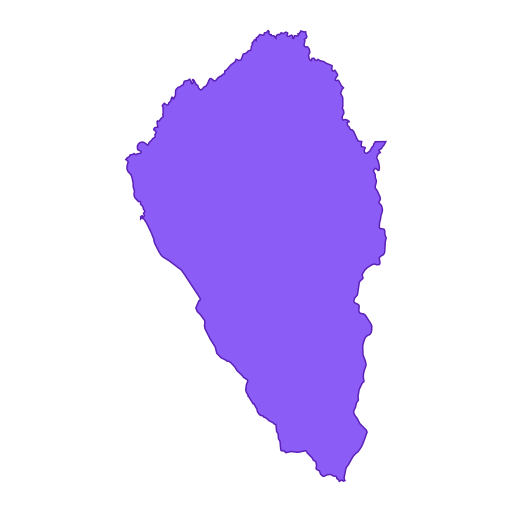 outline of Thyolo, Thyolo, Malawi
{"feature_id": "42251766B18929072887304", "entity_name": "Thyolo", "entity_type": "district", "adm_level": 2, "iso_a3": "MWI", "parent_name": "Malawi", "parent_adm1": "Thyolo", "projection": "equal_earth", "projection_center": [35.104, -16.129], "detail": "fine", "context": "isolated", "style": "filled", "palette": "violet", "viewbox_px": 512, "rotation_deg": 0, "n_neighbors": 0, "source": "geoboundaries", "source_scale": "gbopen_adm2", "svg_char_len": 5965}
<svg xmlns="http://www.w3.org/2000/svg" viewBox="0 0 512 512"><path d="M125.8,159.6L127.2,160.4L128.2,161.8L127.0,166.0L127.0,169.1L128.1,171.6L130.9,174.7L131.8,176.7L133.2,183.4L133.1,186.5L134.5,191.3L134.0,194.0L134.3,196.4L135.3,198.1L138.4,201.6L140.1,201.4L140.5,201.9L140.6,204.2L142.8,206.5L143.5,209.4L144.0,209.6L144.9,211.6L143.5,213.3L144.3,215.3L144.2,216.1L142.7,217.2L142.2,215.8L141.1,216.2L140.6,216.7L140.7,218.6L140.9,218.3L143.6,218.6L146.6,223.0L151.4,233.0L153.9,239.4L154.0,241.1L155.0,244.0L159.0,251.8L161.1,255.1L162.6,256.7L168.9,260.6L181.2,269.9L183.4,272.8L200.2,298.4L200.0,300.3L198.9,300.8L195.7,308.4L195.9,308.2L197.3,311.6L200.1,314.3L204.4,320.2L204.9,321.4L204.5,326.0L205.1,328.9L210.1,338.8L215.3,347.1L216.8,353.3L221.0,357.7L225.8,360.1L226.9,361.1L228.7,361.3L230.8,362.6L234.6,366.7L237.1,370.7L242.2,375.5L243.6,377.4L247.5,379.9L247.8,381.0L246.4,384.7L245.7,389.8L246.4,392.4L248.2,395.2L247.9,396.0L248.7,396.7L253.2,403.9L253.9,403.7L257.0,409.3L257.4,411.6L259.3,414.5L260.3,415.2L263.2,416.1L264.0,417.3L265.2,417.5L267.0,418.7L268.9,420.6L272.8,422.6L274.2,424.0L275.9,424.5L276.6,431.5L278.1,433.7L278.5,438.9L280.0,441.3L280.7,449.3L281.0,450.3L281.5,450.8L284.5,451.0L285.2,452.2L285.9,452.7L290.8,451.5L298.0,452.3L305.7,450.7L306.7,451.7L307.3,453.0L312.1,457.8L313.4,460.3L315.6,461.4L315.9,462.0L316.6,465.7L316.1,467.9L316.2,468.7L316.7,469.5L319.4,470.8L320.6,474.2L323.0,476.3L324.0,476.3L327.4,474.7L331.0,474.5L333.1,475.9L336.0,476.4L336.9,477.5L336.8,478.5L338.4,479.6L339.3,481.3L341.4,480.1L343.6,481.2L345.0,480.5L344.2,479.2L344.1,477.7L345.7,469.4L346.4,467.3L348.4,464.7L352.8,456.8L355.0,454.2L358.0,451.7L360.9,447.7L362.9,443.7L367.1,432.1L366.3,430.1L359.8,423.6L357.3,418.6L355.0,415.6L353.7,412.8L353.7,411.9L353.9,410.4L355.5,407.2L356.5,402.8L358.4,400.1L358.0,396.3L359.2,389.5L361.6,384.3L362.7,382.5L363.8,381.8L364.0,381.1L363.3,377.4L363.4,374.3L364.2,370.6L365.9,365.9L366.1,364.5L365.3,360.9L363.0,354.8L362.7,346.3L363.1,344.1L364.3,339.8L365.6,337.2L367.5,335.5L369.8,334.5L371.0,332.9L371.6,330.8L371.8,326.0L371.0,324.0L365.3,315.1L363.8,314.0L360.5,313.3L359.4,312.6L358.8,310.6L359.2,306.6L358.9,305.2L358.0,304.3L355.0,303.0L354.1,302.0L353.8,300.6L354.8,297.9L357.4,294.9L359.3,282.6L359.9,281.3L363.0,278.3L362.2,274.5L364.7,270.2L367.5,267.5L372.4,264.5L374.7,264.0L376.9,264.8L379.2,264.5L379.7,264.0L380.0,262.6L379.3,258.9L379.5,257.4L380.9,256.1L383.1,254.9L384.3,253.3L384.7,251.9L385.3,241.6L386.2,238.0L384.9,234.7L384.8,230.9L384.0,229.2L379.9,228.4L379.3,227.2L379.5,223.3L380.7,218.2L380.9,215.8L382.2,211.7L382.5,209.4L381.4,205.4L379.1,203.0L378.9,202.3L380.4,199.1L380.1,197.1L377.4,191.1L375.3,188.0L375.2,186.5L376.4,181.5L376.2,179.9L375.4,178.1L375.1,174.3L373.8,171.7L373.5,170.3L375.4,168.4L376.5,168.8L377.9,170.3L378.4,170.5L379.0,170.2L379.4,168.0L379.2,165.7L378.3,161.3L376.9,158.6L376.7,157.1L378.2,153.8L380.3,152.6L378.8,150.3L381.5,148.5L382.5,146.7L383.8,145.3L385.8,141.6L375.3,141.7L373.8,144.0L373.3,146.0L372.1,147.1L369.6,151.3L366.7,153.3L365.6,153.2L364.6,152.4L364.1,150.3L365.3,147.9L364.8,147.4L361.4,146.6L361.2,144.4L361.7,141.5L358.3,141.1L356.6,138.1L353.8,131.7L352.3,129.9L350.8,129.7L349.9,128.8L349.1,126.8L347.6,125.7L347.2,122.7L347.5,122.1L349.2,121.8L348.9,121.2L347.3,120.1L345.1,119.5L343.4,120.1L342.5,119.3L342.2,117.9L342.3,116.4L343.9,113.2L343.5,110.3L342.3,108.7L342.8,106.4L342.8,98.5L342.5,97.0L340.6,93.3L342.1,89.2L343.5,87.9L341.3,85.6L338.6,80.5L338.1,80.2L336.4,80.6L335.3,80.2L335.4,78.7L337.3,75.8L337.6,75.2L337.5,74.4L335.0,70.3L334.3,70.4L333.3,71.3L332.3,70.7L331.7,68.5L332.2,66.4L332.0,65.6L325.9,63.1L323.9,61.6L319.4,60.5L318.5,59.5L317.9,59.4L316.6,60.4L315.5,60.5L314.3,58.5L313.7,58.2L312.0,58.5L311.2,60.5L310.7,60.6L309.8,59.7L309.1,58.5L308.6,55.5L308.7,54.8L309.9,52.2L309.3,49.3L308.2,47.5L307.2,46.8L305.5,47.0L304.5,46.2L304.0,45.0L304.9,40.7L304.3,39.3L306.4,38.0L306.9,36.7L306.1,34.7L305.6,31.7L304.7,32.0L300.8,31.0L300.7,31.7L299.7,32.5L299.2,33.9L298.0,33.9L298.3,35.3L298.0,36.0L294.5,35.7L293.7,38.4L293.2,38.6L292.7,38.3L292.5,36.1L291.6,35.1L288.5,36.4L287.3,36.1L286.9,35.6L287.6,33.7L287.6,32.9L286.0,32.1L283.3,33.6L281.2,32.7L279.5,34.7L278.4,34.4L277.3,34.8L275.8,36.5L275.9,38.0L273.9,35.8L271.6,35.7L271.1,35.4L271.2,34.6L269.6,34.5L268.9,33.4L269.1,31.9L268.8,31.3L268.5,30.7L267.9,30.7L267.7,31.5L266.3,32.5L264.6,32.8L264.2,33.4L264.0,34.8L262.3,35.2L259.9,34.5L257.4,37.3L256.3,37.8L256.3,40.1L256.1,40.6L255.2,39.7L254.2,40.1L253.7,41.4L252.3,42.6L252.1,43.3L252.6,43.7L252.5,44.5L251.4,46.3L251.0,50.0L248.2,51.0L246.5,52.9L245.4,53.4L243.2,54.1L241.3,59.4L240.9,59.8L238.8,60.5L236.1,59.3L235.0,61.9L230.9,64.9L226.6,69.9L224.8,70.9L224.4,73.8L222.7,74.5L220.9,76.3L219.7,76.4L218.9,77.4L218.3,77.4L215.7,80.6L214.2,80.9L211.2,78.6L210.0,78.6L208.9,80.3L207.6,83.6L206.2,85.9L203.9,87.1L201.6,89.7L200.4,89.9L198.6,88.1L197.7,85.4L195.6,84.1L195.7,83.3L194.9,82.4L194.5,81.0L193.2,79.6L192.6,79.6L192.6,80.4L193.5,81.3L193.4,82.1L192.6,83.5L192.1,83.7L191.2,83.2L191.5,82.6L191.3,81.8L189.7,79.2L188.2,80.3L184.3,81.2L183.1,84.9L182.0,85.2L180.0,86.8L178.3,87.2L176.1,89.4L175.6,90.8L175.4,95.6L173.8,98.7L173.3,99.1L172.8,98.7L172.6,97.3L172.1,97.2L171.6,97.7L170.6,101.2L168.7,103.0L168.4,104.4L167.9,104.8L166.8,105.0L164.2,103.3L162.3,105.5L163.0,107.5L163.2,112.7L162.8,114.1L163.2,116.7L161.2,118.3L159.2,121.0L158.7,121.3L157.6,120.9L157.1,121.4L157.2,123.6L157.8,127.2L154.9,127.6L153.7,129.2L153.9,130.0L155.4,130.9L156.1,132.1L156.0,132.9L154.9,134.6L155.1,136.8L154.8,137.4L152.7,138.6L151.5,140.4L149.1,142.5L148.1,145.0L147.5,145.1L145.5,143.4L143.3,142.2L141.5,142.1L139.9,142.7L138.4,144.0L137.4,145.9L137.4,148.3L137.8,149.6L138.2,150.0L141.1,151.3L141.0,152.7L140.5,153.2L137.2,153.9L136.2,154.6L135.6,154.7L134.1,153.5L132.1,154.7L130.3,154.8L129.3,156.6L127.2,157.8L125.8,159.6Z" fill="#8b5cf6" stroke="#5b21b6" stroke-width="1.5"/></svg>